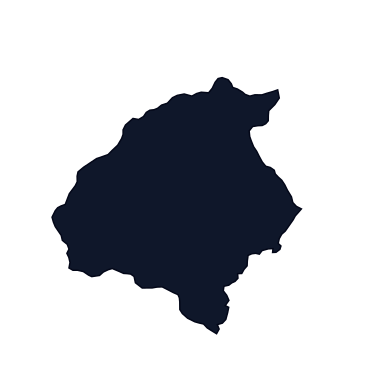 São João da Paraúna, Goiás, Brazil, rotated 35°
{"feature_id": "56859067B96134969416858", "entity_name": "São João da Paraúna", "entity_type": "district", "adm_level": 2, "iso_a3": "BRA", "parent_name": "Brazil", "parent_adm1": "Goiás", "projection": "orthographic", "projection_center": [-50.363, -16.807], "detail": "fine", "context": "isolated", "style": "filled", "palette": "ink", "viewbox_px": 384, "rotation_deg": 35, "n_neighbors": 0, "source": "geoboundaries", "source_scale": "gbopen_adm2", "svg_char_len": 2109}
<svg xmlns="http://www.w3.org/2000/svg" viewBox="0 0 384 384"><g transform="rotate(35 192 192)"><path d="M99.9,180.6L102.5,184.3L103.7,188.6L104.3,196.3L102.8,203.5L101.8,209.5L96.9,216.4L94.7,219.3L89.0,233.9L87.1,240.9L88.8,244.9L92.1,249.4L92.8,253.8L92.5,263.7L95.3,274.9L92.7,278.6L91.0,281.9L90.7,285.7L91.8,292.9L95.7,296.1L99.9,298.8L103.6,300.2L109.7,302.5L113.6,306.0L119.8,306.4L124.0,309.3L124.7,314.0L128.6,316.2L132.5,319.7L134.8,324.8L139.3,324.4L143.2,321.7L148.6,319.5L154.9,319.4L158.4,318.8L164.1,313.4L165.3,308.3L168.0,303.6L170.6,300.4L178.0,298.8L182.7,297.9L185.6,296.1L188.8,294.4L193.0,294.4L197.7,298.8L206.3,299.2L211.1,295.7L214.3,293.5L217.8,290.0L222.0,286.8L229.0,285.8L234.4,285.1L239.3,284.1L242.3,285.9L245.0,289.0L249.5,295.3L253.8,297.1L260.8,297.9L268.7,296.7L273.0,295.2L277.2,293.5L282.4,294.6L287.1,294.4L293.4,294.0L292.8,288.7L288.8,286.1L292.1,282.0L292.8,277.0L290.4,270.4L288.2,265.4L284.4,266.0L284.4,259.6L279.7,256.7L274.3,255.0L272.2,250.9L275.6,247.2L276.7,243.6L278.5,240.6L279.1,236.3L276.2,232.7L279.5,230.2L279.0,225.6L279.5,220.9L276.9,216.8L274.3,211.8L276.4,208.3L279.3,205.7L282.8,204.3L283.0,199.8L287.1,194.8L290.8,191.9L292.7,195.3L295.4,193.2L296.9,188.6L295.8,185.2L292.1,184.7L290.2,180.1L289.7,175.1L290.8,170.5L290.8,162.9L290.8,156.7L290.3,152.4L290.8,148.1L291.3,143.1L285.8,143.9L280.6,142.8L276.2,138.9L269.1,135.8L263.8,132.9L258.8,130.9L254.0,130.3L249.8,129.4L246.9,127.0L242.1,127.0L237.6,128.6L232.3,127.1L226.5,124.2L221.7,121.6L216.5,119.6L211.0,116.0L207.5,113.5L203.8,109.2L204.1,103.6L207.8,100.0L211.4,97.2L213.2,93.8L213.6,89.9L210.6,85.5L208.2,81.4L209.7,72.9L209.6,65.0L203.6,59.2L200.6,63.4L196.7,68.2L193.6,72.3L187.7,76.4L184.4,80.3L179.5,81.6L176.1,81.2L170.1,81.6L165.4,83.0L162.1,80.8L157.1,79.3L151.1,81.0L148.3,84.1L148.0,88.8L149.1,95.4L148.7,101.2L142.3,105.0L139.3,108.7L136.9,113.5L129.4,116.2L124.5,121.3L121.9,126.0L120.9,133.4L117.2,138.3L115.8,143.2L113.7,146.4L110.6,149.1L108.9,153.0L109.0,158.0L106.7,163.2L101.5,165.6L99.1,175.3L99.9,180.6Z" fill="#0f172a" stroke="#020617" stroke-width="1.5"/></g></svg>